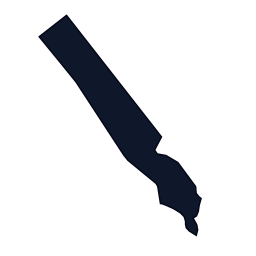 SVG path tracing the border of Namayingo, rotated 142°
{"feature_id": "UGA-5614", "entity_name": "Namayingo", "entity_type": "District", "adm_level": 1, "iso_a3": "UGA", "parent_name": "Uganda", "parent_adm1": "", "projection": "equal_earth", "projection_center": [33.828, -0.264], "detail": "fine", "context": "isolated", "style": "filled", "palette": "ink", "viewbox_px": 256, "rotation_deg": 142, "n_neighbors": 0, "source": "natural_earth", "source_scale": "10m", "svg_char_len": 641}
<svg xmlns="http://www.w3.org/2000/svg" viewBox="0 0 256 256"><g transform="rotate(142 128 128)"><path d="M141.8,254.6L131.3,254.6L108.0,254.6L107.1,254.6L107.1,100.4L120.6,94.3L121.0,89.6L115.0,82.9L110.0,70.1L110.8,40.2L114.5,34.7L114.5,31.3L114.5,30.1L113.8,27.5L119.5,23.3L124.0,19.0L128.2,16.6L132.2,17.0L133.4,9.5L135.9,4.8L140.3,1.4L143.1,9.1L143.5,13.4L142.0,16.5L139.9,19.3L138.3,23.6L138.9,28.8L141.8,36.7L145.8,44.1L147.8,47.4L148.9,48.5L147.8,50.5L140.4,63.8L140.0,67.2L144.0,84.9L147.9,102.5L148.0,109.1L145.7,136.4L142.7,171.7L140.6,196.3L141.0,219.7L141.8,254.6Z" fill="#0f172a" stroke="#020617" stroke-width="1.5"/></g></svg>